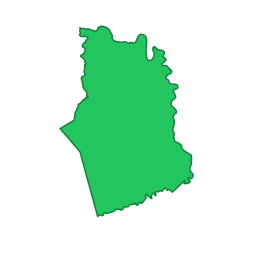 Allende, Nuevo León, Mexico, rotated 288°
{"feature_id": "50627088B85815179056295", "entity_name": "Allende", "entity_type": "district", "adm_level": 2, "iso_a3": "MEX", "parent_name": "Mexico", "parent_adm1": "Nuevo León", "projection": "robinson", "projection_center": [-100.014, 25.299], "detail": "fine", "context": "isolated", "style": "filled", "palette": "green", "viewbox_px": 256, "rotation_deg": 288, "n_neighbors": 0, "source": "geoboundaries", "source_scale": "gbopen_adm2", "svg_char_len": 5773}
<svg xmlns="http://www.w3.org/2000/svg" viewBox="0 0 256 256"><g transform="rotate(288 128 128)"><path d="M80.8,190.1L95.1,197.9L93.3,198.7L92.8,198.5L92.6,198.7L92.6,199.3L92.8,199.9L93.1,200.3L93.3,201.2L94.1,201.9L94.4,202.6L95.5,203.4L96.2,203.7L96.5,203.5L97.5,202.1L98.1,200.9L98.4,200.7L98.8,200.6L99.1,200.6L99.4,200.9L99.4,201.3L99.2,202.9L99.3,203.4L99.6,204.0L100.2,204.4L100.6,204.6L101.7,204.6L103.2,204.5L104.3,203.7L104.8,203.1L105.2,202.2L105.8,201.4L106.4,200.6L107.3,199.8L108.3,199.4L110.1,199.1L111.3,199.3L112.9,199.4L113.7,199.3L120.7,197.2L121.6,196.5L121.9,195.8L123.1,191.1L123.5,189.2L124.4,186.8L125.2,185.5L126.2,185.0L127.6,184.4L128.2,183.8L128.7,182.7L129.4,179.7L129.4,177.4L130.0,176.4L130.9,176.0L132.5,174.7L134.1,174.0L136.0,173.9L137.1,173.7L137.8,173.1L138.3,172.5L139.6,171.4L140.8,171.0L143.6,170.8L147.0,170.8L147.8,170.3L148.4,169.6L148.7,169.5L149.4,169.8L149.8,169.7L150.5,168.8L151.5,168.0L152.0,167.7L152.6,167.5L153.8,167.4L156.1,168.4L157.0,169.1L157.9,169.1L158.8,168.9L159.2,168.6L160.0,167.9L160.7,166.7L161.9,164.3L162.2,163.4L162.3,162.8L162.9,162.1L165.4,161.4L166.5,161.3L168.2,161.8L169.5,162.6L170.3,163.2L171.5,163.8L172.2,163.8L173.1,163.0L174.0,162.5L175.5,161.3L176.7,159.8L177.4,159.5L178.2,159.7L179.0,160.3L180.5,162.2L181.1,162.8L182.0,162.9L183.0,162.5L183.9,161.7L184.3,161.1L184.2,159.8L183.2,155.4L183.5,153.6L184.4,152.6L185.5,152.3L186.0,151.8L186.2,150.7L186.5,149.8L187.6,148.4L188.2,148.1L188.8,148.3L188.9,148.5L190.2,149.1L191.3,149.8L193.1,151.9L195.0,152.3L196.3,150.9L198.0,147.6L198.7,146.3L199.1,145.0L199.0,144.2L198.3,142.8L198.2,141.7L198.7,141.1L199.4,140.9L200.2,141.0L201.2,141.4L203.0,142.4L203.9,143.1L204.7,143.1L205.5,142.4L206.1,141.2L206.2,140.5L206.2,140.0L206.7,139.4L208.5,139.3L210.3,139.6L211.0,139.4L211.5,138.8L212.0,138.2L212.3,136.8L212.0,134.6L211.8,134.2L211.7,132.8L211.8,132.1L212.1,131.2L212.7,130.2L213.1,128.9L213.4,127.9L213.0,127.3L212.4,127.1L211.3,127.1L209.3,127.9L208.7,128.4L208.3,128.9L207.9,129.3L206.7,129.9L206.0,130.2L205.1,130.3L203.2,130.4L200.7,129.7L199.9,129.4L199.5,128.7L199.1,128.1L198.8,127.3L198.6,126.5L198.8,125.8L200.6,124.0L201.8,123.5L202.4,123.4L203.2,123.0L204.5,122.2L205.8,121.8L207.3,121.1L209.7,120.5L215.1,119.3L217.2,118.6L218.8,117.9L220.0,116.9L220.7,116.1L221.2,115.2L221.4,114.5L221.5,113.0L221.3,112.2L220.7,110.8L220.3,110.3L219.9,110.0L218.2,109.3L213.6,109.0L212.2,108.6L211.3,108.2L210.7,107.5L210.4,106.8L210.0,103.8L209.8,103.4L209.1,102.9L208.7,102.3L208.6,101.6L208.7,100.7L209.1,99.5L209.2,99.0L209.1,98.3L207.8,96.3L207.5,95.2L207.0,92.5L206.7,91.6L206.6,90.7L206.6,89.9L206.6,88.7L206.6,88.0L207.2,86.5L207.6,85.9L208.2,85.4L208.8,85.0L209.5,84.8L210.7,84.8L211.1,84.6L212.6,82.9L215.3,80.2L216.1,79.0L216.5,77.9L216.9,76.0L217.0,75.1L216.8,73.1L216.9,72.4L216.7,71.6L215.0,69.2L214.7,68.8L214.2,68.6L212.4,68.6L211.9,68.5L210.6,67.8L210.1,67.3L209.8,64.2L210.0,63.1L209.8,62.3L209.8,61.6L210.1,59.6L210.0,59.1L209.7,58.8L209.1,58.5L208.9,58.0L208.8,55.1L208.4,53.6L208.3,52.5L208.3,51.4L208.0,51.6L207.2,52.2L206.9,52.2L206.0,52.0L205.4,52.1L203.7,53.3L202.9,53.6L202.7,53.6L202.1,53.1L201.8,53.1L201.5,53.2L201.2,53.7L200.7,54.7L200.6,55.4L200.6,55.9L200.7,56.2L201.7,58.1L202.0,60.4L201.5,61.5L201.2,61.9L200.9,62.1L200.3,62.1L199.8,61.9L198.7,61.0L198.2,60.8L197.3,61.1L196.7,61.1L196.1,60.4L195.5,59.9L193.5,59.2L192.9,59.1L192.0,59.1L191.6,59.2L191.2,59.6L190.6,61.9L190.1,62.6L189.7,62.9L188.5,63.2L187.4,63.3L185.3,62.8L184.8,63.0L184.5,62.9L183.9,61.9L183.5,61.5L182.3,60.8L181.8,60.8L181.4,61.1L181.2,61.3L180.6,63.6L180.1,64.6L179.8,65.0L178.6,66.0L177.3,66.7L175.7,68.0L174.7,67.3L172.0,68.3L169.9,68.7L168.1,68.6L165.6,70.7L164.6,70.5L163.7,69.8L163.0,68.8L162.3,68.3L161.4,68.2L160.7,68.3L159.9,68.7L158.3,70.0L156.9,70.7L155.2,71.8L153.0,72.6L152.7,72.8L151.9,73.6L151.4,74.2L150.4,76.1L149.8,76.9L149.2,77.6L148.5,78.1L147.7,78.4L146.6,78.7L145.6,78.7L145.7,79.9L145.3,79.9L145.2,80.1L144.9,80.1L144.7,80.4L144.4,80.3L144.2,80.0L144.4,79.6L143.0,77.9L142.5,78.3L142.3,78.3L142.0,78.0L141.7,77.9L141.0,77.4L140.9,77.1L141.1,76.9L141.1,76.7L140.3,76.7L139.1,76.0L138.1,75.8L137.1,75.0L136.6,74.9L135.7,73.9L135.1,73.5L134.1,73.6L132.2,74.3L130.8,73.4L129.7,73.7L127.3,73.1L125.6,73.1L118.9,74.4L106.5,63.6L90.5,89.7L34.6,126.4L34.5,126.7L34.7,126.8L36.2,127.2L36.6,127.5L36.7,128.0L36.4,128.6L36.4,129.1L37.0,131.0L37.2,131.3L37.8,131.5L39.3,131.4L40.0,131.6L40.3,132.0L40.2,133.3L40.3,134.7L40.5,135.0L41.3,135.7L43.0,138.4L44.3,140.2L45.0,140.5L45.6,140.8L46.4,141.3L46.9,141.9L47.5,142.9L47.9,143.9L48.0,144.6L48.0,145.4L47.8,146.1L47.9,146.7L48.2,147.4L48.7,147.8L49.1,148.1L49.6,148.3L50.8,148.3L51.1,148.5L51.5,148.8L51.8,149.2L52.7,151.4L53.4,152.7L54.6,153.0L55.1,153.2L55.6,153.7L56.5,154.9L56.8,156.0L57.0,156.5L57.4,157.0L57.8,157.2L58.3,157.1L58.6,157.4L58.6,157.6L58.5,158.1L57.8,159.1L57.6,159.7L57.4,160.4L57.6,160.9L58.0,161.3L58.7,161.2L59.5,160.9L60.3,161.0L60.6,161.4L60.8,162.4L60.3,163.3L60.3,163.9L61.0,164.5L63.1,165.5L64.2,165.7L65.6,166.4L66.9,166.8L67.5,166.7L68.0,166.3L68.5,165.8L69.2,165.5L69.8,165.6L70.1,165.9L70.4,166.2L70.4,166.5L70.3,166.9L69.6,167.7L69.4,168.3L69.0,169.9L68.2,171.7L68.2,172.1L68.4,172.3L68.8,172.3L69.6,171.5L70.1,171.3L70.6,171.1L71.2,171.2L71.9,171.4L72.6,171.5L73.4,171.8L73.8,172.2L73.8,173.0L73.5,173.6L72.6,173.9L72.3,174.3L72.2,174.8L72.4,175.2L72.6,175.3L73.2,174.8L73.7,174.8L73.9,174.8L74.4,174.3L75.3,173.8L75.8,174.0L76.2,174.7L76.4,175.3L76.5,175.7L76.5,176.5L78.2,177.8L78.4,178.1L78.3,179.6L78.5,180.0L79.3,180.3L81.4,181.2L82.3,181.7L82.5,182.2L82.5,182.5L82.3,182.8L81.5,183.7L80.8,184.5L80.9,184.9L81.2,185.0L81.5,185.1L81.9,185.3L82.1,185.5L82.2,186.3L80.8,190.1Z" fill="#22c55e" stroke="#15803d" stroke-width="1.5"/></g></svg>